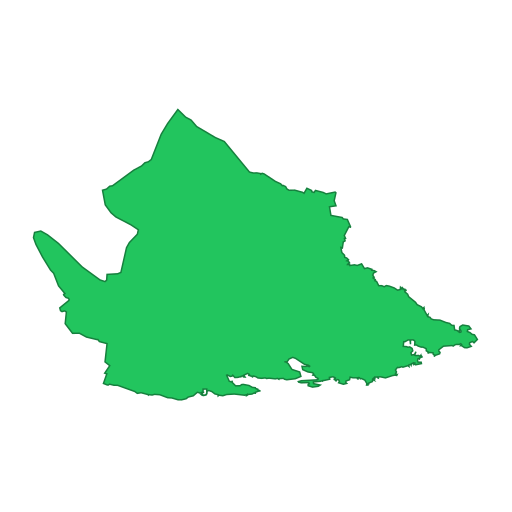 outline of Rygge nor, Østfold, Norway, rotated 271°
{"feature_id": "86288312B33808129410619", "entity_name": "Rygge nor", "entity_type": "district", "adm_level": 2, "iso_a3": "NOR", "parent_name": "Norway", "parent_adm1": "Østfold", "projection": "mercator", "projection_center": [10.691, 59.372], "detail": "fine", "context": "isolated", "style": "filled", "palette": "green", "viewbox_px": 512, "rotation_deg": 271, "n_neighbors": 0, "source": "geoboundaries", "source_scale": "gbopen_adm2", "svg_char_len": 6118}
<svg xmlns="http://www.w3.org/2000/svg" viewBox="0 0 512 512"><g transform="rotate(271 256 256)"><path d="M319.1,101.4L304.5,104.4L296.7,110.3L292.6,115.2L285.0,130.4L280.2,137.9L275.7,137.0L267.3,129.2L262.1,126.4L237.2,121.2L235.8,118.0L235.0,107.4L229.3,107.1L227.8,105.5L229.3,100.5L242.0,82.4L265.1,58.3L273.5,47.2L277.2,40.4L275.7,34.2L270.5,33.2L263.7,35.8L251.4,42.5L238.4,50.8L235.2,54.0L222.7,59.1L215.1,65.6L214.2,64.3L213.4,64.6L211.2,66.7L210.5,69.1L209.2,70.0L208.2,69.6L200.7,60.7L197.9,61.5L197.0,63.0L197.8,65.6L196.7,67.4L185.0,66.4L175.5,73.9L175.7,80.8L172.0,87.9L169.6,98.7L169.8,99.3L167.7,100.9L165.8,108.6L147.5,106.9L143.8,111.7L136.2,106.8L135.6,108.9L125.9,105.7L124.5,109.4L124.4,110.5L125.3,111.8L124.3,116.2L124.3,119.9L118.4,137.2L116.6,139.7L117.3,143.5L115.6,150.4L115.1,150.8L115.5,151.1L115.2,154.6L115.9,157.0L115.6,162.3L112.8,170.1L112.6,174.3L110.9,180.5L110.9,184.1L112.1,188.7L113.8,190.7L115.1,195.7L118.7,199.7L118.0,202.7L118.2,203.6L117.0,204.7L118.7,204.4L118.6,206.5L119.0,205.4L122.0,205.4L122.1,209.1L117.9,209.2L116.4,208.3L116.0,206.8L116.3,204.0L115.8,204.6L115.6,206.1L116.2,208.5L117.5,209.3L120.0,209.4L120.7,211.2L119.7,214.2L117.4,217.3L116.7,220.5L115.5,220.6L116.2,221.4L115.7,225.3L117.0,229.0L117.6,236.7L116.6,247.1L117.1,248.6L116.5,248.7L117.3,249.6L116.6,249.6L117.5,250.8L117.9,254.4L118.9,256.3L118.8,257.7L119.6,257.6L121.1,261.3L121.0,262.8L122.7,259.3L122.7,260.6L123.5,258.0L124.3,257.6L124.6,254.6L126.4,251.3L127.4,245.5L127.2,243.9L126.0,242.4L125.8,237.9L129.4,234.2L130.9,234.6L129.5,233.9L130.4,231.4L136.3,228.7L136.6,229.3L135.1,232.5L135.6,234.4L136.4,234.9L134.1,237.0L134.3,239.9L135.2,242.9L134.2,243.1L135.3,242.9L136.0,245.0L134.9,245.5L134.8,247.1L136.6,245.8L138.5,249.7L137.4,251.2L135.8,250.7L137.4,251.3L136.0,252.4L135.6,254.6L134.5,254.4L136.0,255.4L135.2,258.3L134.1,260.0L133.8,263.8L134.3,267.5L133.7,268.6L134.1,271.2L133.5,277.5L134.0,279.6L133.1,281.1L133.8,281.4L134.1,285.6L133.3,286.6L132.8,288.9L134.0,297.5L136.4,303.0L140.8,301.7L143.2,293.9L148.9,290.1L150.6,287.9L150.8,286.2L150.6,288.8L153.6,290.8L155.3,294.5L154.3,297.4L148.6,306.3L147.7,310.4L146.8,311.6L146.3,311.2L146.9,309.0L146.4,307.7L146.5,303.9L143.2,304.7L141.0,309.9L140.3,314.6L139.2,315.6L137.9,314.9L137.8,316.6L135.9,317.8L134.7,320.2L133.8,320.2L133.2,318.7L132.1,303.6L131.2,300.5L130.6,300.9L130.0,303.4L130.4,310.9L129.2,311.5L128.6,310.4L127.2,310.4L125.9,314.8L126.8,320.5L128.1,322.4L129.4,315.7L131.1,315.6L131.8,322.5L132.5,324.5L131.6,324.3L132.5,325.1L134.1,331.9L135.9,331.5L136.6,335.1L135.5,337.5L134.4,337.3L134.4,336.5L133.9,335.8L134.0,336.6L132.5,338.2L133.9,339.2L133.7,340.7L132.2,341.6L130.7,340.8L129.3,345.6L130.2,348.9L131.1,347.9L132.6,348.2L133.9,351.7L136.5,352.2L135.9,355.2L136.0,359.3L135.1,359.5L134.5,360.7L135.5,359.7L136.3,360.4L136.2,361.5L135.0,362.5L135.3,363.7L133.8,367.0L130.4,369.1L128.9,368.8L129.0,370.9L129.3,369.4L130.3,369.3L130.2,371.0L130.9,371.0L132.5,374.6L134.4,374.7L133.8,376.3L135.3,375.1L136.6,376.4L134.5,377.0L137.0,377.0L137.1,379.7L136.2,380.0L136.1,380.3L137.1,380.0L137.4,382.4L136.4,387.6L138.8,394.5L139.3,397.0L139.0,398.8L139.7,399.1L139.2,398.0L139.5,397.4L140.6,397.7L140.1,398.8L140.9,397.6L142.5,398.5L144.5,397.4L147.1,399.4L146.9,400.8L147.9,403.7L147.4,404.8L149.0,409.8L148.2,410.9L149.7,410.7L150.4,412.6L149.6,413.0L151.0,413.3L151.7,414.9L150.8,415.2L152.0,415.7L151.7,416.9L150.5,416.4L150.0,417.4L151.3,423.3L152.7,423.0L152.7,419.9L154.0,419.3L156.2,419.8L156.4,420.7L155.9,421.2L157.0,421.6L158.0,423.8L158.8,423.3L158.3,422.6L159.6,422.5L158.5,421.7L159.4,420.4L159.2,417.3L159.6,416.4L163.1,417.6L160.3,416.2L159.7,413.3L162.1,412.6L163.9,414.4L166.3,413.7L167.8,411.3L167.4,409.4L168.0,408.3L168.2,404.8L172.9,405.2L172.9,406.4L174.8,409.7L174.6,411.5L170.5,412.0L174.7,411.9L174.9,414.4L174.4,415.5L173.4,416.4L169.7,416.2L169.9,417.9L168.8,419.6L167.8,422.7L167.8,424.5L166.3,427.8L164.2,427.9L162.8,430.3L161.8,429.3L162.5,431.4L162.3,434.7L160.9,434.9L159.8,436.5L158.6,435.7L159.9,437.2L161.4,441.3L162.9,441.7L163.9,440.5L165.4,440.4L169.1,445.0L169.9,453.5L169.4,454.8L170.6,456.3L171.1,457.8L171.1,460.6L171.9,462.2L171.1,463.1L169.9,462.1L169.9,463.2L168.0,466.1L167.9,468.6L169.4,472.8L171.5,470.9L173.0,471.1L174.3,473.9L173.0,475.5L176.4,478.8L181.0,475.8L181.5,473.3L183.2,471.3L184.2,468.6L186.0,468.9L186.9,472.2L189.7,470.0L190.6,463.9L189.0,461.2L187.3,460.7L184.4,462.4L183.4,462.1L183.2,460.9L185.0,460.4L183.9,459.8L185.0,458.4L185.6,455.9L190.0,455.2L190.1,452.9L192.0,450.8L192.8,447.1L195.1,441.0L195.3,434.9L196.1,432.3L197.7,431.1L198.4,428.7L200.3,429.0L199.4,428.2L205.0,425.0L206.5,425.1L206.2,424.2L207.1,424.4L206.5,423.7L208.1,422.3L210.2,417.9L212.5,416.3L218.0,409.3L220.4,408.3L222.8,405.4L224.1,405.9L224.2,407.2L224.9,405.4L225.9,405.7L224.7,404.9L226.9,402.8L225.6,402.4L227.2,401.0L225.0,400.8L224.3,398.2L226.5,394.7L228.2,389.8L228.7,386.8L227.5,384.7L228.5,382.3L228.5,379.2L232.7,377.0L233.4,375.3L234.4,375.7L236.1,373.5L236.8,374.5L238.8,373.1L241.0,373.8L242.4,376.3L243.4,374.5L243.8,371.9L244.7,372.1L246.1,367.7L245.3,364.7L250.0,361.7L248.3,357.4L248.9,354.6L248.1,350.0L249.1,349.8L249.1,347.8L249.6,348.2L249.5,349.2L250.3,348.7L250.8,349.6L252.4,348.5L252.8,347.0L253.9,348.5L255.6,346.7L256.2,344.7L258.3,344.5L260.9,341.8L266.0,340.7L265.5,342.2L271.6,343.0L272.7,344.8L275.0,344.1L275.2,345.2L278.0,343.9L286.9,348.3L286.5,349.9L286.9,350.0L294.1,346.7L294.6,342.6L296.0,341.5L297.9,330.2L306.5,328.6L307.6,335.1L312.6,333.2L320.6,334.8L321.3,334.0L319.3,325.1L320.7,322.1L322.6,314.3L320.5,312.9L321.2,310.7L322.5,310.4L324.6,305.7L319.5,302.9L320.5,301.4L322.5,293.6L322.3,287.9L323.6,285.7L325.9,284.4L327.1,281.7L326.7,281.0L328.6,279.4L330.9,274.1L338.2,262.7L338.8,260.7L337.9,259.3L338.5,259.1L339.1,255.4L338.9,252.1L339.8,248.0L369.9,222.3L373.7,213.3L384.4,194.4L390.8,188.7L393.6,183.2L401.1,175.3L387.0,165.4L376.1,159.1L350.6,149.6L348.3,146.7L347.3,143.3L344.0,140.0L339.8,132.4L323.7,111.3L323.2,108.5L320.3,105.4L319.1,101.4Z" fill="#22c55e" stroke="#15803d" stroke-width="1.5"/></g></svg>